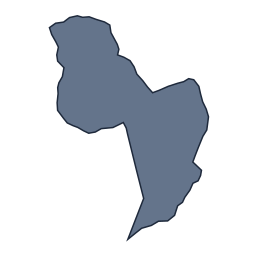 the district of Campestre, Alagoas, Brazil, rotated 181°
{"feature_id": "56859067B46779863168741", "entity_name": "Campestre", "entity_type": "district", "adm_level": 2, "iso_a3": "BRA", "parent_name": "Brazil", "parent_adm1": "Alagoas", "projection": "orthographic", "projection_center": [-35.539, -8.885], "detail": "fine", "context": "isolated", "style": "filled", "palette": "slate", "viewbox_px": 256, "rotation_deg": 181, "n_neighbors": 0, "source": "geoboundaries", "source_scale": "gbopen_adm2", "svg_char_len": 1072}
<svg xmlns="http://www.w3.org/2000/svg" viewBox="0 0 256 256"><g transform="rotate(181 128 128)"><path d="M72.2,54.7L70.0,59.7L65.0,67.0L62.1,73.9L57.0,76.4L54.6,81.8L53.8,87.0L62.6,95.1L60.5,101.2L57.5,109.4L53.0,121.0L49.2,127.4L47.7,140.6L50.1,148.2L53.8,155.5L56.0,163.1L57.9,170.9L63.1,177.4L68.2,178.4L73.1,175.3L79.1,173.6L88.4,170.4L97.8,166.1L104.0,163.7L109.2,169.3L114.1,175.6L120.1,182.0L123.0,189.3L127.1,195.3L133.4,198.7L139.7,200.9L138.5,206.6L140.2,211.5L146.7,223.0L148.0,230.6L153.3,233.6L161.6,236.0L168.8,238.5L175.3,237.9L180.6,239.3L188.4,237.4L194.2,232.8L202.2,231.5L208.3,227.0L205.9,220.1L201.6,212.8L199.0,207.7L200.5,199.8L199.5,193.6L193.1,187.2L194.5,178.2L197.9,172.0L199.0,167.2L198.5,161.2L199.3,152.0L198.7,144.4L192.5,136.4L188.8,132.0L183.0,129.4L178.2,127.7L172.3,124.4L167.2,122.1L160.6,123.4L154.7,126.9L143.1,128.2L132.8,133.4L129.8,128.0L128.3,121.8L118.6,85.3L111.1,57.8L126.2,16.7L118.7,23.0L112.6,28.0L102.9,31.0L96.0,35.3L86.7,35.8L79.9,41.5L77.0,51.1L72.2,54.7Z" fill="#64748b" stroke="#1e293b" stroke-width="1.5"/></g></svg>